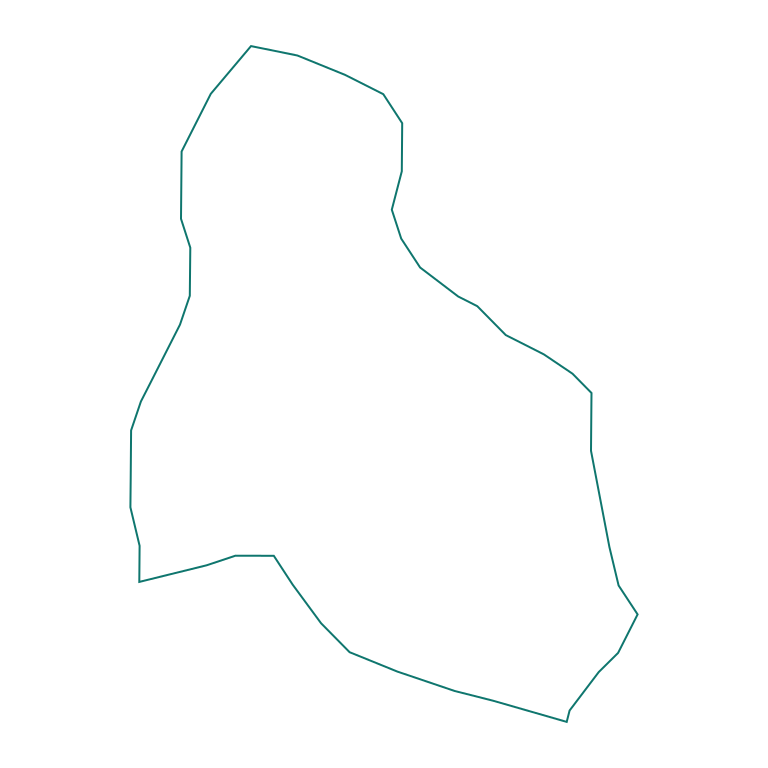 Songhwa, Hwanghae-namdo, North Korea (Robinson projection)
{"feature_id": "82179303B30689671895320", "entity_name": "Songhwa", "entity_type": "district", "adm_level": 2, "iso_a3": "PRK", "parent_name": "North Korea", "parent_adm1": "Hwanghae-namdo", "projection": "robinson", "projection_center": [125.113, 38.357], "detail": "fine", "context": "isolated", "style": "outline", "palette": "teal", "viewbox_px": 768, "rotation_deg": 0, "n_neighbors": 0, "source": "geoboundaries", "source_scale": "gbopen_adm2", "svg_char_len": 710}
<svg xmlns="http://www.w3.org/2000/svg" viewBox="0 0 768 768"><path d="M566.7,721.9L569.6,710.5L598.7,672.1L618.1,652.9L637.6,614.4L618.6,585.5L609.4,547.0L600.2,498.9L591.0,450.8L591.4,402.7L591.5,393.0L572.5,373.7L543.9,354.4L505.8,335.1L477.3,306.2L458.2,296.5L420.1,267.5L401.2,238.6L391.8,209.7L401.8,171.3L402.2,123.2L383.3,94.2L345.1,74.9L297.4,55.5L251.0,46.1L210.8,93.8L181.6,151.5L181.0,218.8L190.3,247.7L189.8,295.8L180.0,324.6L150.7,382.3L140.9,401.5L131.1,430.4L130.7,478.5L130.4,507.3L139.6,545.8L139.3,581.9L168.1,574.8L206.6,565.3L235.4,555.7L273.8,555.8L292.7,584.7L321.1,623.3L349.6,652.2L397.4,671.6L454.7,691.0L493.0,700.7L566.7,721.9Z" fill="none" stroke="#0f766e" stroke-width="2"/></svg>